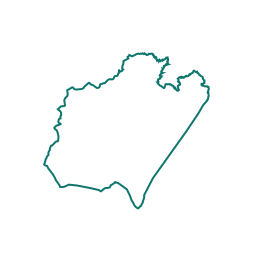 Marquis Estate, Dauphin, Saint Lucia, rotated 320°
{"feature_id": "8701671B42547396516194", "entity_name": "Marquis Estate", "entity_type": "district", "adm_level": 2, "iso_a3": "LCA", "parent_name": "Saint Lucia", "parent_adm1": "Dauphin", "projection": "robinson", "projection_center": [-60.9, 14.029], "detail": "fine", "context": "isolated", "style": "outline", "palette": "teal", "viewbox_px": 256, "rotation_deg": 320, "n_neighbors": 0, "source": "geoboundaries", "source_scale": "gbopen_adm2", "svg_char_len": 5736}
<svg xmlns="http://www.w3.org/2000/svg" viewBox="0 0 256 256"><g transform="rotate(320 128 128)"><path d="M66.5,159.1L71.1,159.2L72.6,159.7L73.8,160.8L75.9,161.8L78.0,160.8L80.1,161.2L81.7,161.3L82.8,161.6L83.4,161.2L85.1,163.9L85.7,166.2L87.7,174.3L85.8,181.8L84.4,185.2L83.9,188.7L83.2,191.1L83.1,192.4L83.5,195.0L83.5,194.8L83.8,195.7L84.1,196.1L86.2,196.0L86.5,195.8L88.3,196.0L89.1,195.3L91.4,194.6L91.8,194.1L92.5,193.7L93.1,193.2L95.1,192.1L96.5,190.9L97.2,189.8L114.7,182.5L170.7,168.0L191.8,161.9L200.2,158.8L200.6,158.8L201.3,158.5L202.0,158.6L202.8,158.3L204.2,158.3L205.4,157.9L206.3,158.0L206.7,157.5L207.8,157.3L209.6,155.7L210.4,155.3L211.4,153.8L211.5,153.3L212.0,153.0L211.9,151.9L212.4,151.6L212.8,151.7L214.0,150.5L214.9,150.2L215.6,149.1L215.6,148.5L216.0,148.3L215.8,147.6L215.3,147.5L215.3,146.8L213.6,145.5L213.0,144.1L212.0,143.1L212.3,142.5L212.7,142.2L212.3,141.9L212.6,141.6L212.8,142.1L213.0,142.2L214.0,142.2L214.2,142.4L214.5,142.4L215.2,142.1L215.3,142.3L215.5,142.5L215.9,141.9L216.3,141.7L216.8,141.2L216.8,140.6L217.1,140.5L216.9,140.1L217.0,138.7L217.4,137.8L217.8,137.4L217.9,137.0L217.9,136.7L217.1,134.6L217.2,133.6L216.8,133.1L216.9,132.8L217.1,131.3L216.7,130.8L216.8,130.7L216.7,130.1L217.1,129.3L216.5,129.2L215.9,128.6L215.4,126.4L215.2,126.3L214.5,126.5L214.0,127.0L213.0,127.3L212.7,127.3L212.2,127.0L211.4,127.1L210.9,126.7L210.5,126.8L210.4,126.6L209.6,126.3L209.4,126.4L209.5,126.8L209.2,127.1L208.2,126.8L207.7,126.9L206.5,126.4L206.3,125.4L206.1,125.3L205.3,125.6L204.6,125.2L203.0,125.4L202.9,125.1L203.1,124.8L202.8,124.2L202.7,124.1L202.4,124.2L202.2,124.0L201.9,123.9L201.4,124.0L200.8,123.6L200.7,123.3L201.0,123.3L201.1,123.5L201.5,122.9L199.9,122.2L199.3,122.3L197.9,122.2L197.9,123.3L197.7,123.6L197.0,124.1L196.8,124.4L196.3,124.4L196.2,124.6L196.2,124.9L196.6,125.0L196.9,125.8L196.8,126.0L196.4,126.0L196.3,126.9L196.5,127.4L196.0,128.1L195.4,128.3L194.1,127.7L193.0,128.0L192.9,128.3L192.7,128.7L192.7,128.9L192.3,129.4L192.1,129.8L191.9,129.8L191.4,131.7L190.8,131.7L189.9,131.2L189.5,130.5L189.7,128.5L189.2,128.2L189.0,127.8L189.1,127.4L190.0,127.2L189.9,126.9L189.2,126.3L189.2,126.0L189.7,125.4L189.7,124.7L189.5,124.4L189.4,124.1L189.0,123.8L189.0,122.9L188.4,122.1L188.5,121.8L187.9,121.5L187.8,120.9L187.5,120.8L187.2,120.4L186.3,120.0L186.0,119.3L185.0,118.6L182.6,120.1L181.3,120.6L181.1,120.4L180.3,117.1L179.9,116.3L179.7,115.0L179.6,113.3L179.7,111.9L180.1,112.2L180.8,112.4L181.1,112.1L181.4,111.3L181.3,110.8L181.5,110.6L182.4,110.5L182.5,110.2L183.8,110.7L184.1,110.5L184.5,110.7L184.8,110.2L185.3,110.0L185.7,110.4L186.1,110.4L186.2,109.9L186.7,109.9L186.3,109.5L186.1,108.8L185.9,108.4L185.9,108.2L186.7,107.9L187.3,108.1L187.5,107.8L188.1,107.6L189.9,108.1L189.5,107.7L189.0,107.6L189.3,106.9L189.5,107.1L189.8,106.9L190.3,105.9L190.9,106.0L191.5,105.8L191.7,105.4L192.5,104.9L192.7,104.5L193.2,105.2L193.4,105.1L193.4,104.8L193.7,104.8L194.4,104.7L194.5,104.5L195.2,104.4L194.9,104.3L195.0,104.0L195.5,104.0L195.6,103.8L195.9,104.1L196.3,103.9L196.6,104.2L197.6,104.3L199.7,105.1L199.5,104.8L197.3,103.9L198.2,103.6L198.7,103.8L198.8,104.1L199.1,103.9L199.6,104.1L200.2,103.9L200.8,103.3L200.6,102.5L201.2,102.1L201.4,102.5L201.4,101.9L201.8,101.8L202.2,101.9L203.1,100.8L203.1,100.2L203.4,99.9L203.4,99.7L203.6,99.4L203.3,99.3L202.8,99.5L202.7,100.1L202.5,99.0L202.2,99.2L201.9,98.9L201.0,99.1L200.1,98.9L199.4,98.5L198.7,98.8L198.4,98.6L198.3,97.8L198.1,97.8L197.9,98.2L197.5,98.0L197.3,98.2L197.0,97.6L196.5,97.2L196.0,97.4L196.0,97.1L195.5,97.2L195.4,96.9L195.6,96.2L195.1,96.4L195.3,96.1L195.2,96.1L194.7,96.2L194.3,95.5L194.0,95.4L194.5,95.0L194.4,94.7L194.2,94.8L193.7,94.7L193.9,93.6L193.9,93.4L194.2,92.9L195.0,92.3L195.1,92.0L194.8,91.8L194.5,91.2L193.7,91.1L193.8,90.8L193.6,90.6L193.7,90.1L194.3,90.0L194.1,89.1L194.4,89.2L194.5,88.7L194.2,88.3L194.4,87.7L194.2,87.4L194.2,86.9L194.4,86.9L194.3,86.6L193.8,86.1L192.8,85.7L192.6,85.3L191.8,85.0L191.6,84.6L191.1,84.8L190.6,84.5L190.2,84.6L189.3,84.2L189.0,83.0L189.1,82.6L188.7,82.1L188.6,81.6L188.1,81.8L187.5,81.4L187.5,80.6L187.3,80.3L185.8,79.7L185.6,79.2L185.3,79.0L184.2,78.5L183.8,77.8L183.4,77.5L181.9,76.8L179.8,76.5L177.5,75.7L177.2,75.7L176.0,72.9L175.0,73.4L173.3,73.3L172.9,75.0L167.7,73.8L167.4,73.9L167.0,74.6L165.3,76.1L163.7,76.8L162.3,78.1L161.9,78.5L161.9,80.1L161.1,79.8L160.1,80.4L158.7,80.1L158.3,79.2L158.4,78.2L158.1,78.0L157.8,78.2L157.5,78.9L156.7,79.9L156.3,80.0L155.5,79.9L154.5,80.8L153.7,81.1L153.3,81.1L151.1,79.8L150.3,80.0L148.8,80.9L147.9,80.9L146.7,80.3L145.8,79.2L144.9,78.6L143.5,78.3L139.0,78.7L138.3,78.1L136.7,77.6L136.0,77.1L134.9,76.7L134.6,76.8L132.5,78.3L131.9,78.4L130.3,77.7L129.8,77.1L128.8,72.9L127.6,70.8L127.4,70.3L127.6,69.4L127.1,68.2L126.5,68.1L125.1,68.3L124.4,68.1L123.7,68.3L121.4,68.3L119.4,68.8L118.4,68.6L117.3,68.2L113.4,65.5L112.1,64.3L111.9,63.4L111.9,61.9L111.6,61.2L111.1,60.9L107.8,60.5L106.1,59.9L105.5,60.3L103.8,62.9L103.1,63.8L102.0,64.5L99.7,64.7L98.4,65.0L97.0,65.8L94.4,70.0L94.0,70.3L93.0,70.1L92.4,69.5L90.5,68.4L86.3,68.5L86.3,69.1L86.6,70.1L86.8,71.8L86.7,72.7L86.3,73.6L85.7,74.5L84.9,75.3L83.6,75.7L82.4,77.3L80.9,76.8L80.1,77.2L79.5,77.8L78.8,78.2L78.5,78.8L78.3,79.5L78.4,80.1L78.9,80.8L79.0,81.5L78.9,81.7L76.9,81.2L74.8,80.2L71.8,80.4L71.4,81.2L71.4,82.2L71.9,83.6L71.4,85.7L69.8,88.9L69.0,90.2L66.4,92.7L65.9,93.0L65.3,92.9L64.6,92.3L63.5,92.1L59.0,92.6L57.5,92.1L54.7,93.7L54.1,94.5L51.5,95.5L50.8,96.1L49.8,97.5L49.5,97.6L48.8,97.6L47.3,97.9L46.0,98.8L44.8,99.0L43.4,100.2L40.3,102.1L40.6,103.5L41.6,105.0L41.0,107.7L40.6,115.5L40.0,118.9L39.2,121.8L38.7,128.0L38.1,129.4L39.6,131.0L41.9,132.2L46.3,133.4L52.0,139.3L61.4,150.9L65.8,156.8L66.5,159.1Z" fill="none" stroke="#0f766e" stroke-width="2"/></g></svg>